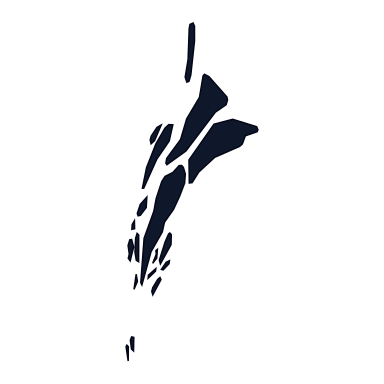 Essequibo I./L.B.E.River, Essequibo Islands-West Demerara, Guyana
{"feature_id": "73187651B51062108887281", "entity_name": "Essequibo I./L.B.E.River", "entity_type": "district", "adm_level": 2, "iso_a3": "GUY", "parent_name": "Guyana", "parent_adm1": "Essequibo Islands-West Demerara", "projection": "equal_earth", "projection_center": [-58.518, 6.771], "detail": "medium", "context": "isolated", "style": "filled", "palette": "ink", "viewbox_px": 384, "rotation_deg": 0, "n_neighbors": 0, "source": "geoboundaries", "source_scale": "gbopen_adm2", "svg_char_len": 1932}
<svg xmlns="http://www.w3.org/2000/svg" viewBox="0 0 384 384"><path d="M257.9,129.8L256.6,126.7L232.7,119.3L214.0,124.2L189.0,159.9L189.3,183.0L192.1,182.6L198.8,172.0L214.7,157.3L239.7,146.3L242.3,144.0L245.3,135.8L257.1,131.7L257.9,129.8ZM185.3,174.1L183.4,167.5L181.7,165.5L179.1,165.6L173.0,172.4L165.1,176.4L161.8,181.5L156.2,198.5L153.9,211.1L144.1,238.3L140.8,282.7L141.9,284.9L151.0,251.8L162.3,231.9L164.4,222.3L173.5,209.4L179.6,196.2L184.6,183.1L185.3,174.1ZM226.9,97.0L208.9,76.6L204.4,74.3L203.1,75.9L199.5,97.3L186.7,118.8L180.6,139.5L166.7,158.4L165.9,163.1L166.9,164.7L185.9,151.0L215.3,112.2L226.1,104.7L227.5,100.0L226.9,97.0ZM172.8,124.8L168.8,124.6L165.0,128.1L156.0,143.7L146.6,167.5L142.4,188.2L143.7,188.2L156.8,159.1L169.2,141.0L172.8,124.8ZM194.5,26.3L193.1,23.0L190.0,24.4L189.2,28.6L188.1,59.5L185.2,77.1L186.8,82.1L188.9,81.4L190.8,75.0L194.5,41.0L194.5,26.3ZM171.3,234.7L169.8,233.0L168.6,234.0L165.1,242.0L159.4,260.2L160.4,263.9L171.0,244.7L171.3,234.7ZM138.6,261.7L138.7,235.0L137.1,233.4L135.6,238.3L135.0,252.2L136.3,260.3L138.6,261.7ZM146.8,197.1L140.3,204.4L137.3,213.4L138.1,215.8L140.3,215.3L146.2,207.6L146.8,197.1ZM161.2,125.0L157.0,127.4L151.3,136.0L150.2,139.9L151.1,143.8L154.5,140.7L161.2,125.0ZM133.6,247.0L131.6,239.5L129.8,239.8L128.1,245.4L129.3,254.1L128.3,258.3L130.2,260.9L133.6,247.0ZM160.9,279.7L160.0,277.5L157.9,279.2L152.8,287.6L151.8,291.4L152.8,294.8L160.9,279.7ZM133.8,337.4L131.6,336.9L130.4,340.2L131.5,349.0L133.5,350.9L133.8,337.4ZM137.4,281.4L136.2,274.2L134.0,289.3L137.4,281.4ZM155.8,268.6L148.5,275.1L148.2,278.2L155.5,271.1L155.8,268.6ZM169.4,260.7L166.2,262.3L161.4,269.4L163.2,269.9L169.0,263.7L169.4,260.7ZM128.3,346.7L126.9,345.2L126.1,346.7L128.2,361.0L128.3,346.7ZM157.4,249.4L155.9,250.6L156.3,254.2L152.7,263.3L156.7,258.1L157.4,249.4ZM134.6,228.7L134.4,220.8L132.2,224.5L131.9,229.3L134.6,228.7Z" fill="#0f172a" stroke="#020617" stroke-width="1.5"/></svg>